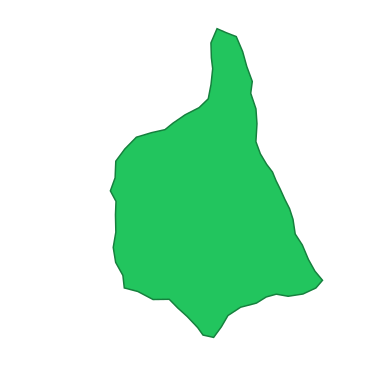 the district of Mário Campos, Minas Gerais, Brazil, rotated 249°
{"feature_id": "56859067B45501918730434", "entity_name": "Mário Campos", "entity_type": "district", "adm_level": 2, "iso_a3": "BRA", "parent_name": "Brazil", "parent_adm1": "Minas Gerais", "projection": "mercator", "projection_center": [-44.175, -20.074], "detail": "fine", "context": "isolated", "style": "filled", "palette": "green", "viewbox_px": 384, "rotation_deg": 249, "n_neighbors": 0, "source": "geoboundaries", "source_scale": "gbopen_adm2", "svg_char_len": 906}
<svg xmlns="http://www.w3.org/2000/svg" viewBox="0 0 384 384"><g transform="rotate(249 192 192)"><path d="M105.6,117.1L100.0,132.3L88.7,137.2L77.5,142.9L63.4,148.7L54.5,151.0L48.5,160.1L55.6,171.1L63.8,181.3L67.0,196.1L65.2,212.4L67.4,223.7L66.4,234.1L60.2,244.4L57.0,259.1L58.0,273.3L62.8,282.2L74.0,278.4L87.3,276.5L103.0,276.0L115.8,273.3L130.3,276.5L141.4,277.1L152.2,276.0L162.9,275.4L172.5,274.5L181.8,274.3L191.0,271.6L203.1,269.5L216.1,269.7L232.4,277.1L246.7,281.5L263.1,282.2L273.6,287.9L289.5,288.1L304.9,289.6L321.2,289.0L328.6,280.9L335.5,273.9L324.4,263.1L310.4,258.2L299.7,255.5L285.6,248.3L273.2,240.6L268.2,228.8L266.6,213.5L263.1,198.9L259.9,189.1L261.9,175.6L263.1,159.7L256.3,144.8L248.1,131.9L232.8,125.3L222.3,116.2L210.5,117.7L198.2,112.4L181.8,106.5L168.5,98.6L153.6,95.5L138.9,97.6L126.7,94.4L118.5,105.8L105.6,117.1Z" fill="#22c55e" stroke="#15803d" stroke-width="1.5"/></g></svg>